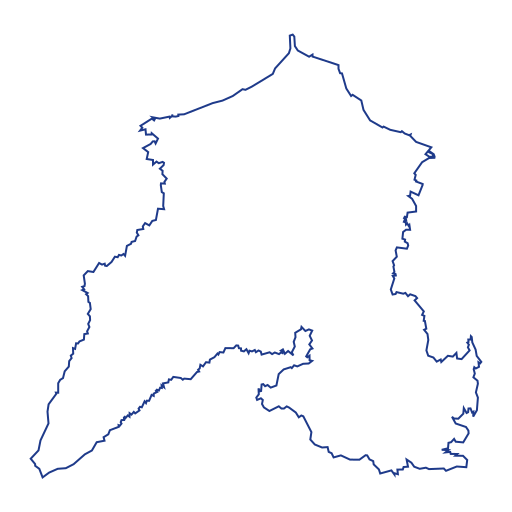 Kendal, Jawa Tengah, Indonesia (Natural Earth projection)
{"feature_id": "22746128B21241240008354", "entity_name": "Kendal", "entity_type": "district", "adm_level": 2, "iso_a3": "IDN", "parent_name": "Indonesia", "parent_adm1": "Jawa Tengah", "projection": "natural_earth1", "projection_center": [110.154, -7.019], "detail": "fine", "context": "isolated", "style": "outline", "palette": "blue", "viewbox_px": 512, "rotation_deg": 0, "n_neighbors": 0, "source": "geoboundaries", "source_scale": "gbopen_adm2", "svg_char_len": 6046}
<svg xmlns="http://www.w3.org/2000/svg" viewBox="0 0 512 512"><path d="M158.0,208.7L155.9,220.0L152.3,220.9L149.3,225.4L145.1,223.1L142.8,226.4L143.3,229.0L137.3,230.0L136.8,232.6L138.4,235.3L136.6,236.6L135.1,241.0L131.6,241.9L131.0,243.8L126.9,245.9L125.1,255.8L123.5,254.0L121.3,255.5L119.0,254.9L117.7,257.2L114.9,256.7L111.5,262.0L106.8,266.0L105.1,265.7L104.7,263.7L102.0,264.6L99.1,263.0L93.4,272.0L87.8,271.1L83.7,275.4L84.9,283.7L84.5,286.1L82.2,286.8L84.1,289.3L82.3,290.1L87.6,293.0L86.1,294.2L88.1,296.1L88.4,301.9L89.9,302.9L90.7,309.1L87.8,313.9L89.9,316.3L90.1,320.1L88.2,323.9L89.4,327.0L87.1,331.3L87.8,333.5L84.3,334.1L83.9,339.6L79.5,341.4L78.0,343.5L76.1,343.3L75.1,348.9L73.0,348.1L73.2,353.7L70.8,355.6L71.6,358.1L69.2,361.1L68.8,366.6L64.7,371.3L63.0,378.1L60.2,379.8L58.2,383.2L58.2,392.7L55.9,392.6L56.3,393.8L48.6,404.3L47.5,411.6L48.5,423.4L40.5,440.4L38.5,450.4L30.7,458.7L35.1,464.0L35.2,465.8L39.3,468.8L42.6,477.4L49.1,472.6L57.7,468.8L65.8,468.2L73.6,464.2L84.9,454.3L91.9,450.5L96.7,442.2L104.5,440.7L103.6,437.2L108.3,434.3L109.9,430.2L118.8,426.8L118.6,425.2L119.8,425.7L121.5,423.6L120.7,422.2L121.5,420.1L124.1,420.0L123.9,417.6L124.7,416.9L125.4,418.2L127.8,415.4L129.5,416.7L129.6,413.2L131.5,414.6L133.8,411.9L135.2,413.4L139.5,410.4L138.6,408.6L140.0,406.8L141.8,407.3L144.6,401.3L146.0,403.1L146.8,400.7L149.1,400.8L151.6,394.9L153.7,395.9L153.7,393.6L157.1,392.0L155.9,390.8L156.9,389.7L158.9,390.5L160.1,387.7L161.8,388.0L161.6,385.3L164.0,387.2L163.0,383.4L168.3,382.4L168.9,379.4L171.2,379.8L173.3,376.9L180.8,378.0L182.8,379.7L184.2,378.6L190.7,379.2L197.0,372.0L199.1,371.5L198.1,369.8L199.7,368.4L200.4,364.8L203.0,366.4L206.0,362.2L209.4,362.6L209.9,359.6L214.4,357.2L217.5,353.5L218.4,354.5L219.6,352.1L223.4,352.5L225.4,348.1L233.6,348.2L236.3,345.4L238.2,345.6L238.9,348.2L241.0,348.4L241.1,350.7L243.9,351.4L246.4,349.2L248.6,353.2L249.5,350.7L252.0,351.4L254.8,350.0L255.9,352.2L258.5,350.5L260.8,351.6L261.6,354.6L269.6,352.3L272.1,354.1L274.8,352.5L279.0,354.1L281.1,352.4L282.5,353.1L282.7,351.4L281.0,350.6L282.9,349.4L284.9,353.8L288.1,351.0L293.4,355.4L291.8,352.3L294.8,346.5L293.7,341.8L295.5,337.2L295.2,332.8L301.0,329.3L301.5,326.9L305.4,331.0L308.9,329.4L312.2,330.6L309.7,335.8L312.0,340.5L309.3,344.4L312.4,348.5L310.2,349.3L306.2,356.4L307.3,357.3L309.5,355.7L309.6,360.2L312.1,360.9L308.7,363.5L303.1,363.8L297.3,366.4L294.1,365.3L291.8,368.1L290.7,367.2L283.7,369.4L278.7,374.1L276.4,385.5L270.7,387.6L267.6,385.0L265.1,386.2L263.2,384.1L261.6,384.5L261.1,391.0L259.9,391.3L258.5,388.4L258.8,394.3L256.3,397.6L257.1,399.9L260.9,398.3L262.8,400.0L262.0,404.0L263.9,407.4L269.4,411.0L278.8,406.3L281.4,408.5L284.0,408.5L286.7,406.4L289.0,407.5L295.8,412.5L298.8,417.3L301.3,415.5L303.3,416.3L311.4,432.1L310.3,439.5L314.8,444.5L322.1,447.5L327.6,447.1L328.7,451.9L331.6,453.2L333.6,457.4L340.9,455.4L350.0,459.6L359.4,459.7L365.6,455.2L367.2,455.4L369.5,459.4L373.2,461.1L373.7,464.4L378.9,469.4L380.2,473.5L391.4,470.4L394.4,474.5L394.3,473.2L397.9,474.2L397.4,469.6L402.8,469.5L403.6,467.0L408.0,466.7L406.6,459.5L411.4,462.7L414.2,466.7L419.7,468.8L425.9,467.7L429.0,469.1L443.8,468.5L446.0,470.8L456.8,466.5L466.3,467.2L467.2,460.0L463.0,455.8L455.4,455.7L457.2,454.0L450.7,453.9L450.2,451.9L445.5,452.4L448.4,450.1L441.7,449.8L448.0,448.3L448.5,442.8L451.1,442.2L454.1,438.9L455.7,441.7L463.2,442.4L468.6,433.4L468.4,430.6L466.0,427.0L455.7,423.5L452.0,416.8L454.0,418.5L458.3,418.7L463.3,413.7L463.8,408.1L466.6,413.0L468.1,412.2L468.5,408.5L470.5,408.4L472.1,412.5L473.4,411.7L473.2,416.6L476.9,410.2L477.9,397.6L475.9,392.4L477.9,383.7L477.5,380.7L473.4,377.3L474.8,373.6L473.7,369.2L474.3,367.2L475.8,368.5L479.0,366.8L478.5,362.3L480.1,363.4L481.3,361.9L476.7,355.9L475.6,349.6L472.3,342.4L471.7,337.0L470.9,336.2L470.6,339.5L468.3,339.5L468.5,342.0L467.3,342.6L468.9,344.7L467.9,347.3L469.6,350.4L461.6,359.1L457.1,358.5L456.4,352.9L452.8,356.6L447.9,355.8L441.3,362.0L440.7,359.5L436.7,361.6L433.4,357.5L428.2,355.7L426.4,350.4L428.3,340.0L427.5,334.0L424.1,329.8L426.3,328.7L424.9,321.0L423.7,320.8L424.4,315.9L422.1,314.9L423.8,311.4L414.6,300.4L417.1,298.1L415.4,296.1L410.2,294.3L408.0,296.2L405.4,292.9L403.3,293.7L396.5,292.1L395.6,294.0L392.6,294.5L390.8,289.5L394.3,278.5L392.8,275.9L395.8,275.5L395.5,274.0L393.1,273.4L394.4,271.9L393.4,266.5L394.1,265.3L392.6,261.1L396.8,256.7L395.6,250.4L396.9,247.4L406.9,248.7L408.2,245.5L407.6,243.2L404.8,241.6L405.1,239.6L402.4,238.7L403.1,232.0L406.1,229.7L410.1,229.8L409.4,225.0L408.7,225.9L407.2,223.4L406.0,224.6L405.7,222.3L403.9,221.8L404.6,220.1L406.2,220.5L405.9,218.8L404.1,218.1L404.8,216.7L406.9,217.1L407.6,212.6L416.1,211.5L416.1,206.0L412.1,198.8L408.3,196.0L410.1,195.6L410.6,191.6L418.5,195.3L422.6,185.0L422.7,184.0L416.0,181.5L416.3,180.5L414.5,179.7L415.7,174.9L414.3,173.3L422.1,162.2L429.1,158.0L434.4,157.8L434.6,156.7L433.7,154.2L429.8,151.5L429.4,152.4L433.1,154.2L433.0,156.5L429.6,156.9L425.5,154.2L431.3,147.3L416.1,141.9L410.2,135.8L410.6,134.5L409.1,135.2L404.7,133.5L401.9,131.2L400.8,132.2L390.2,129.8L383.6,126.6L382.5,127.5L370.1,120.4L363.5,109.9L361.3,100.5L352.6,94.8L351.1,96.0L346.3,88.5L342.0,73.4L340.1,73.2L338.5,68.8L338.5,65.1L312.6,56.6L312.5,54.6L309.1,56.7L297.8,50.5L294.9,46.1L294.3,36.6L292.7,34.6L289.8,35.6L290.4,48.4L288.9,53.2L275.1,68.4L272.8,73.9L251.7,86.7L245.5,89.8L242.5,89.2L232.8,96.0L222.5,100.6L212.7,103.1L184.1,114.3L178.3,114.6L178.4,116.0L175.8,116.6L172.5,116.4L172.2,114.4L172.3,115.8L169.8,117.9L169.5,116.6L159.8,118.6L152.7,117.3L154.8,119.1L154.1,120.4L151.9,118.6L140.5,125.8L142.3,127.7L140.1,130.6L145.5,129.3L146.0,134.6L151.6,134.5L151.7,133.2L158.0,138.6L155.6,143.5L154.6,141.3L152.8,141.4L150.6,144.0L143.0,148.1L148.2,152.1L146.7,159.0L153.0,160.0L153.0,164.6L156.5,161.6L158.8,163.2L162.6,161.9L164.0,162.8L163.6,165.1L159.9,168.7L162.6,170.8L162.4,174.2L166.7,178.6L164.4,181.9L164.8,183.6L161.0,183.4L160.8,185.1L161.8,192.1L163.8,193.3L163.2,206.0L164.1,209.2L158.0,208.7Z" fill="none" stroke="#1e3a8a" stroke-width="2"/></svg>